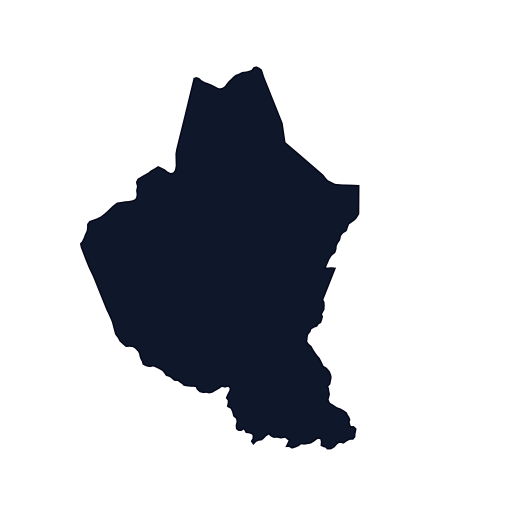 Cândido Sales, Bahia, Brazil (orthographic projection), rotated 25°
{"feature_id": "56859067B27975744543815", "entity_name": "Cândido Sales", "entity_type": "district", "adm_level": 2, "iso_a3": "BRA", "parent_name": "Brazil", "parent_adm1": "Bahia", "projection": "orthographic", "projection_center": [-41.231, -15.332], "detail": "fine", "context": "isolated", "style": "filled", "palette": "ink", "viewbox_px": 512, "rotation_deg": 25, "n_neighbors": 0, "source": "geoboundaries", "source_scale": "gbopen_adm2", "svg_char_len": 3531}
<svg xmlns="http://www.w3.org/2000/svg" viewBox="0 0 512 512"><g transform="rotate(25 256 256)"><path d="M187.3,90.8L182.2,85.3L179.4,84.7L176.5,84.7L174.6,86.3L174.0,89.5L172.3,91.3L169.7,93.5L166.2,95.6L163.7,98.8L161.6,100.8L160.5,103.0L159.3,106.2L158.0,109.4L157.3,112.4L156.7,115.5L155.1,118.2L152.5,120.2L150.1,120.5L146.7,120.3L143.0,120.2L138.9,120.4L136.0,120.8L132.0,120.4L129.3,119.5L126.7,119.7L125.0,121.2L132.7,159.5L139.2,192.5L140.5,197.2L145.8,207.9L147.0,212.4L146.3,215.8L143.8,217.6L140.2,217.6L136.6,216.7L129.7,216.6L127.2,220.5L125.1,223.4L124.1,225.7L121.8,229.0L119.9,231.6L116.8,236.2L116.7,239.6L119.4,242.9L120.4,247.1L122.4,250.2L123.3,252.9L123.2,255.8L120.9,258.4L117.4,260.9L114.9,262.2L111.1,264.8L108.0,266.8L105.8,271.0L104.1,275.3L102.8,278.7L101.4,281.9L99.1,286.4L96.5,289.6L94.0,292.1L90.9,295.1L90.2,298.3L91.4,301.0L92.6,304.4L92.6,309.1L92.9,312.1L92.8,316.7L92.0,319.0L94.2,321.9L104.0,331.4L109.6,336.6L117.6,343.2L128.6,353.5L137.4,361.7L143.6,367.5L146.7,370.0L152.0,374.6L154.0,376.5L161.9,386.0L166.0,388.2L168.8,390.4L173.0,391.7L176.5,392.7L179.2,391.1L182.4,390.0L184.9,390.0L187.6,391.0L189.9,391.9L191.9,393.5L193.6,395.9L195.5,397.8L197.7,399.4L199.4,401.5L201.7,401.7L204.2,401.5L206.8,400.7L209.2,398.8L212.6,398.6L216.0,398.7L219.9,399.0L223.1,400.6L225.2,401.9L227.9,401.5L230.2,401.6L232.3,402.3L234.6,402.9L237.9,401.6L240.7,402.2L243.2,402.6L245.3,403.4L248.0,402.7L250.0,402.0L252.2,401.3L254.7,400.1L257.1,399.5L259.1,401.4L262.6,402.5L265.9,401.8L268.7,400.2L271.3,399.7L273.8,397.7L275.7,394.9L278.1,391.5L280.0,388.3L283.2,387.7L285.9,385.4L288.9,386.7L289.4,389.6L289.2,393.8L289.3,397.0L292.0,398.3L293.0,400.6L293.9,404.2L297.9,404.4L300.8,406.9L303.5,410.3L307.2,411.3L309.1,414.2L309.8,417.8L311.5,420.7L313.9,421.2L316.3,420.2L317.6,417.4L319.8,418.5L321.6,419.9L324.5,418.9L327.5,418.6L329.5,419.7L330.7,422.9L330.3,425.7L333.0,427.3L334.1,423.9L336.2,421.6L338.4,420.3L339.5,418.3L340.7,414.7L342.8,411.5L345.3,412.5L348.4,412.7L351.9,411.0L355.5,410.2L357.3,408.8L359.3,407.6L361.8,408.4L364.2,408.7L364.2,412.2L364.1,415.6L366.5,414.4L369.8,414.6L372.1,412.5L374.7,409.6L375.8,407.1L379.4,405.8L382.1,403.9L384.4,402.3L386.4,399.3L388.7,395.0L391.9,394.0L393.9,396.5L395.2,400.0L397.7,400.0L399.9,399.6L402.2,400.5L405.3,398.9L407.4,395.8L408.4,392.3L409.5,390.1L411.5,388.9L414.2,388.4L415.8,385.5L418.1,382.4L421.1,380.9L421.8,378.1L420.7,375.5L420.2,373.2L419.5,370.6L416.6,369.6L413.8,370.9L412.0,369.3L410.4,367.4L410.0,364.8L408.1,363.0L405.8,361.6L404.1,360.1L400.8,359.5L396.7,359.2L393.2,359.6L389.1,358.9L384.8,358.5L381.8,355.9L381.3,353.1L380.7,350.2L379.0,348.0L377.6,345.7L375.8,343.9L376.8,340.7L375.8,336.9L375.3,334.6L373.8,332.4L371.1,329.9L367.1,328.1L363.4,327.8L361.5,326.2L359.3,324.4L356.5,322.2L353.7,321.0L350.9,319.5L347.6,317.5L344.1,314.9L340.8,314.0L338.0,312.4L337.0,309.4L336.1,306.8L335.9,304.4L336.7,301.9L336.4,298.8L338.3,296.0L340.6,293.7L340.9,291.2L342.5,288.9L342.2,286.0L341.7,283.0L339.7,281.2L339.8,278.3L340.0,275.7L338.6,272.3L337.0,269.3L334.8,267.6L332.8,233.8L329.1,235.1L326.5,236.7L323.8,238.0L323.4,235.0L323.4,231.5L323.2,228.1L323.8,223.6L325.8,219.3L325.3,215.7L324.3,213.4L324.1,210.3L324.8,206.0L323.8,202.1L324.5,198.6L326.9,194.8L326.5,191.4L326.2,187.8L327.9,184.9L329.6,181.9L330.6,179.0L331.1,174.4L319.4,148.9L311.9,152.0L304.1,155.4L297.4,157.9L289.0,157.7L286.1,156.5L282.2,154.5L248.5,145.0L234.2,141.1L223.6,124.9L187.3,90.8Z" fill="#0f172a" stroke="#020617" stroke-width="1.5"/></g></svg>